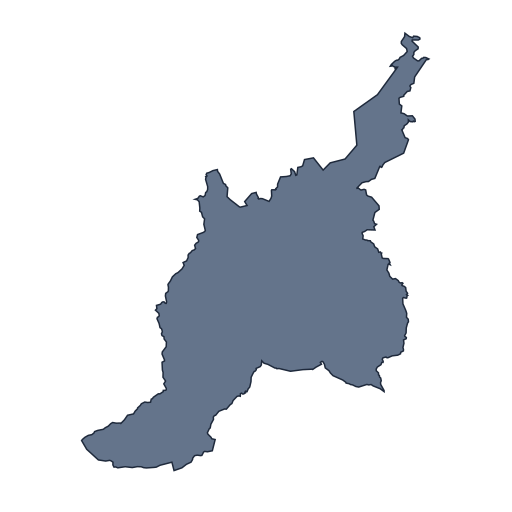 Ixhuacán de los Reyes, Veracruz, Mexico, rotated 263°
{"feature_id": "50627088B23421839832911", "entity_name": "Ixhuacán de los Reyes", "entity_type": "district", "adm_level": 2, "iso_a3": "MEX", "parent_name": "Mexico", "parent_adm1": "Veracruz", "projection": "albers", "projection_center": [-97.071, 19.373], "detail": "fine", "context": "isolated", "style": "filled", "palette": "slate", "viewbox_px": 512, "rotation_deg": 263, "n_neighbors": 0, "source": "geoboundaries", "source_scale": "gbopen_adm2", "svg_char_len": 6099}
<svg xmlns="http://www.w3.org/2000/svg" viewBox="0 0 512 512"><g transform="rotate(263 256 256)"><path d="M430.5,451.6L432.3,448.7L432.7,446.7L432.0,445.8L432.0,444.5L429.8,441.5L430.0,440.1L433.4,436.4L435.2,435.7L436.7,437.2L438.9,437.5L440.3,439.0L441.9,442.1L443.6,442.5L450.2,437.1L451.4,437.4L450.6,443.5L451.4,445.2L452.7,445.1L454.3,442.7L455.0,439.2L453.6,438.1L455.2,434.9L459.0,431.0L455.6,430.2L451.2,426.4L449.4,426.1L447.8,426.9L443.6,430.7L440.5,431.0L437.0,426.9L435.6,423.2L434.1,422.2L433.1,420.5L433.2,419.3L432.3,417.3L429.6,413.7L428.0,412.4L428.0,413.5L428.9,414.3L427.4,415.3L426.8,416.9L425.4,416.9L426.4,418.5L426.2,419.5L401.3,396.2L387.5,370.7L353.7,369.6L341.4,356.2L339.4,341.0L333.1,333.1L346.4,325.0L345.8,315.9L339.8,313.3L339.1,311.6L338.8,308.3L331.5,306.4L331.2,305.3L335.0,304.6L338.3,301.8L337.9,301.0L333.2,301.0L331.5,299.7L331.2,295.9L331.5,290.0L324.7,286.2L321.9,285.8L320.4,283.8L319.8,284.1L319.3,283.4L319.8,279.7L319.2,279.3L313.6,278.9L311.4,277.9L308.6,275.6L312.1,269.4L312.5,267.6L312.2,265.7L312.8,265.1L313.6,265.5L317.5,264.0L319.1,263.9L318.5,259.3L311.4,251.4L307.2,253.3L306.4,246.3L306.9,245.4L315.2,237.1L318.4,234.5L327.1,236.3L329.4,234.6L330.7,234.5L332.0,232.5L341.8,229.9L344.7,228.2L346.5,228.2L346.0,223.7L344.6,219.7L344.2,217.2L342.8,216.4L341.5,217.1L341.0,216.8L340.9,215.8L340.4,216.0L338.2,215.3L330.7,216.5L327.9,216.1L325.7,214.9L325.2,213.8L322.2,212.8L321.1,210.8L322.6,208.0L322.2,207.0L320.3,205.3L319.7,202.5L318.9,204.7L316.8,206.2L310.4,206.1L307.4,205.6L306.0,207.2L301.4,207.8L299.2,209.5L293.8,208.1L287.5,208.8L286.5,208.0L285.8,206.5L284.4,200.6L281.6,199.5L278.8,200.9L277.7,200.9L276.9,200.4L275.9,198.1L274.2,196.4L270.8,196.9L269.6,195.4L269.1,193.3L267.2,191.3L266.7,190.0L265.2,188.7L262.8,188.5L259.6,186.5L258.4,182.8L255.5,183.6L252.2,181.0L249.0,176.5L248.2,174.2L245.5,170.5L241.5,167.9L239.1,165.6L238.3,165.1L235.7,165.3L232.4,164.8L231.4,164.4L229.9,161.8L227.4,161.2L221.3,161.7L219.9,161.1L220.1,160.2L221.7,159.1L221.8,158.0L221.4,156.9L219.8,155.4L219.1,151.2L215.8,151.2L214.5,149.6L210.9,152.6L208.5,152.7L207.5,151.7L207.2,150.7L205.8,150.1L200.8,151.6L196.6,152.0L195.4,153.3L193.6,153.7L192.1,153.8L190.4,152.7L188.5,153.0L187.1,154.8L184.8,154.7L181.6,156.6L176.9,155.8L172.2,151.3L170.1,150.8L164.1,152.5L163.0,152.4L162.0,149.8L154.2,149.2L151.8,149.6L147.0,148.9L142.9,151.0L140.3,148.9L135.6,150.8L134.4,150.7L133.7,150.0L133.9,147.6L132.7,147.4L130.9,143.9L131.1,142.2L128.3,136.9L127.0,135.8L126.7,134.6L123.7,133.5L123.8,130.6L124.6,127.8L123.3,124.2L121.8,123.0L119.7,120.0L118.8,119.8L116.8,117.2L114.2,115.2L113.6,109.1L109.4,105.4L106.3,101.5L106.7,101.3L107.1,96.9L108.2,93.4L107.3,91.4L105.1,88.6L103.9,85.4L102.6,83.4L102.2,77.7L101.4,74.4L100.1,73.6L98.7,71.3L98.4,67.7L96.9,64.1L95.1,61.4L94.1,60.4L84.8,64.4L72.8,74.7L70.8,81.8L71.0,85.9L70.4,87.1L68.8,88.9L66.1,88.5L63.8,89.3L63.7,91.1L62.6,93.0L62.8,100.5L61.1,107.4L61.4,112.5L60.8,116.4L59.6,118.7L59.0,121.4L58.6,129.1L58.6,131.3L60.0,135.2L61.6,147.4L53.0,148.5L54.8,156.7L57.7,161.5L59.3,166.4L61.7,168.2L63.0,168.5L65.3,170.7L65.5,173.4L64.6,176.8L64.7,178.0L67.8,180.1L68.3,181.2L67.6,184.0L68.0,188.9L78.8,193.1L80.0,189.8L81.5,189.3L85.1,186.5L86.5,186.2L90.3,188.6L90.9,189.6L94.5,190.7L99.0,193.9L101.3,194.0L102.7,195.3L102.8,196.5L106.4,200.2L108.0,206.2L107.6,207.9L111.6,212.3L112.5,214.1L115.3,215.6L119.0,220.1L119.2,222.1L118.7,223.3L121.3,223.8L121.6,225.1L120.6,226.0L120.6,227.0L121.5,228.9L122.0,228.3L123.1,229.1L122.5,230.6L125.0,232.0L126.7,233.8L131.9,235.7L136.2,236.4L139.8,238.7L141.6,240.1L141.9,241.3L143.1,242.4L144.4,242.4L145.7,246.7L147.2,248.0L151.3,248.9L148.6,250.9L147.0,254.6L142.5,261.1L142.3,262.4L141.6,262.9L141.5,265.2L137.4,276.2L137.5,288.7L136.8,298.3L136.5,298.5L138.4,302.1L140.6,307.8L142.6,306.9L143.4,308.6L143.0,309.5L140.3,310.7L136.5,311.1L133.2,314.5L130.8,315.6L127.8,317.9L122.4,326.9L119.8,329.7L118.9,329.9L117.8,333.1L116.9,334.1L116.4,336.0L114.3,339.2L113.4,342.0L115.0,350.4L114.3,352.2L114.4,354.6L112.8,356.4L109.1,363.1L105.8,366.6L106.9,366.7L113.4,364.1L115.3,364.2L116.9,365.1L119.7,364.9L120.8,363.9L122.4,363.9L123.1,363.1L125.1,363.3L127.4,361.4L129.1,361.5L131.0,362.9L132.9,366.8L135.1,367.9L134.9,369.1L135.9,369.4L138.2,368.7L139.5,369.7L139.9,372.7L139.3,373.1L138.9,374.4L140.3,379.0L140.3,384.6L141.3,387.5L142.8,387.9L143.8,390.7L145.2,391.0L147.3,390.7L151.3,392.2L154.7,392.2L155.6,395.0L156.8,395.3L158.1,393.9L158.8,393.8L161.4,395.6L166.4,396.4L171.0,398.3L172.1,399.3L174.7,399.4L176.8,397.9L180.7,398.6L183.8,398.0L190.6,396.0L196.1,396.4L196.8,397.2L195.8,400.0L196.0,400.5L198.0,401.0L198.4,401.8L199.4,400.7L200.5,401.9L202.8,400.7L206.4,400.7L207.7,399.6L208.9,397.3L209.5,397.2L211.0,398.5L211.7,397.8L211.6,396.2L212.4,394.9L214.2,394.2L216.6,391.7L216.4,388.8L219.5,386.3L222.8,385.8L226.2,384.2L231.6,386.1L231.9,386.6L231.0,388.1L232.8,387.5L233.3,388.2L236.8,387.2L237.3,386.7L238.1,381.9L238.7,381.0L242.3,380.6L243.6,381.1L243.8,380.3L244.8,380.0L244.7,378.3L248.2,377.6L250.7,374.9L253.6,374.3L256.0,371.7L257.2,371.3L257.7,368.6L258.3,368.1L258.5,366.6L259.9,364.0L263.0,364.8L265.4,364.1L266.5,364.3L267.1,366.8L268.5,369.5L267.3,377.3L270.7,376.5L272.8,379.5L273.7,377.6L276.2,377.1L277.3,376.4L284.7,379.3L287.3,384.0L290.8,384.2L300.3,377.9L301.8,374.5L303.1,373.2L308.2,372.9L309.0,371.4L308.7,368.5L309.0,367.7L310.8,366.0L310.8,364.5L311.2,364.5L315.8,370.2L316.4,374.2L316.2,376.7L318.0,379.9L318.5,383.4L329.9,389.8L329.8,390.4L328.7,391.1L329.0,391.9L330.9,393.0L333.1,395.2L340.1,415.1L352.8,421.5L354.1,420.8L355.3,418.4L363.4,416.1L363.5,416.7L364.7,417.4L365.2,418.4L367.2,419.0L368.7,421.9L370.4,423.6L372.6,423.8L370.6,425.4L370.1,427.8L370.7,428.6L370.0,429.3L370.2,430.4L372.5,430.5L376.1,428.3L376.5,423.3L379.2,420.3L380.4,417.3L387.2,419.0L389.3,416.8L395.1,417.1L395.9,418.4L396.5,422.1L397.6,422.3L400.9,426.2L401.1,428.9L404.3,430.2L405.6,429.5L406.3,429.6L407.3,430.7L408.2,433.7L414.4,435.3L430.1,449.0L430.0,450.6L430.5,451.6Z" fill="#64748b" stroke="#1e293b" stroke-width="1.5"/></g></svg>